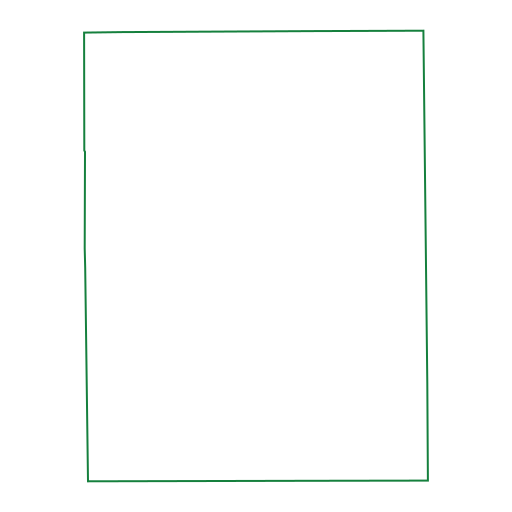 Rush, Indiana, United States of America
{"feature_id": "52423323B39033291847900", "entity_name": "Rush", "entity_type": "district", "adm_level": 2, "iso_a3": "USA", "parent_name": "United States of America", "parent_adm1": "Indiana", "projection": "equal_earth", "projection_center": [-85.493, 39.62], "detail": "fine", "context": "isolated", "style": "outline", "palette": "green", "viewbox_px": 512, "rotation_deg": 0, "n_neighbors": 0, "source": "geoboundaries", "source_scale": "gbopen_adm2", "svg_char_len": 273}
<svg xmlns="http://www.w3.org/2000/svg" viewBox="0 0 512 512"><path d="M427.9,480.6L427.3,383.3L423.4,30.7L313.4,31.1L121.5,32.1L84.1,32.6L84.3,150.5L85.0,151.8L84.7,248.4L85.2,268.0L88.0,481.3L309.0,480.8L427.9,480.6Z" fill="none" stroke="#15803d" stroke-width="2"/></svg>